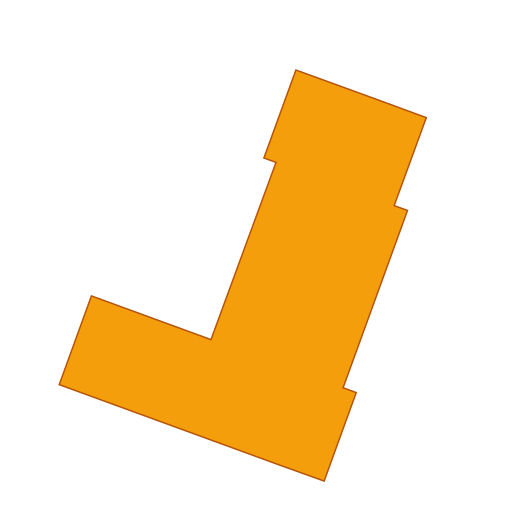 Pierce, North Dakota, United States of America (Mercator projection), rotated 200°
{"feature_id": "52423323B9617880676259", "entity_name": "Pierce", "entity_type": "district", "adm_level": 2, "iso_a3": "USA", "parent_name": "United States of America", "parent_adm1": "North Dakota", "projection": "mercator", "projection_center": [-99.984, 48.196], "detail": "fine", "context": "isolated", "style": "filled", "palette": "amber", "viewbox_px": 512, "rotation_deg": 200, "n_neighbors": 0, "source": "geoboundaries", "source_scale": "gbopen_adm2", "svg_char_len": 348}
<svg xmlns="http://www.w3.org/2000/svg" viewBox="0 0 512 512"><g transform="rotate(200 256 256)"><path d="M282.1,444.4L282.1,350.8L269.2,350.8L269.7,162.0L397.0,162.2L396.9,67.8L162.0,67.6L115.0,67.8L115.1,161.9L129.1,162.0L129.2,350.6L143.4,350.6L143.3,444.2L189.6,444.4L282.1,444.4Z" fill="#f59e0b" stroke="#b45309" stroke-width="1.5"/></g></svg>